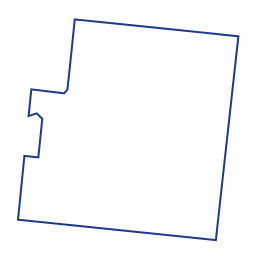 Marquette, Wisconsin, United States of America (Equal Earth projection), rotated 186°
{"feature_id": "52423323B3939200165575", "entity_name": "Marquette", "entity_type": "district", "adm_level": 2, "iso_a3": "USA", "parent_name": "United States of America", "parent_adm1": "Wisconsin", "projection": "equal_earth", "projection_center": [-89.29, 43.813], "detail": "fine", "context": "isolated", "style": "outline", "palette": "blue", "viewbox_px": 256, "rotation_deg": 186, "n_neighbors": 0, "source": "geoboundaries", "source_scale": "gbopen_adm2", "svg_char_len": 361}
<svg xmlns="http://www.w3.org/2000/svg" viewBox="0 0 256 256"><g transform="rotate(186 128 128)"><path d="M227.8,25.3L28.9,25.7L28.1,177.4L27.8,230.7L81.6,230.7L192.3,230.4L192.2,186.4L192.2,177.5L192.3,159.9L195.2,155.8L228.2,156.3L228.1,129.5L220.3,133.0L214.2,128.2L214.1,89.4L228.1,89.4L227.8,25.3Z" fill="none" stroke="#1e3a8a" stroke-width="2"/></g></svg>